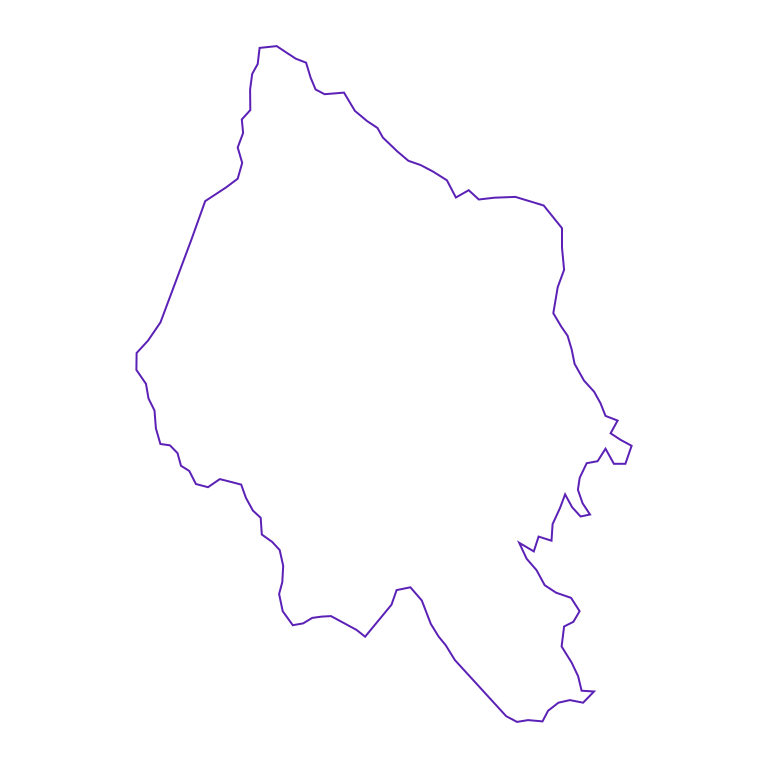 São Bernardino, Santa Catarina, Brazil (Equal Earth projection)
{"feature_id": "56859067B58324669548024", "entity_name": "São Bernardino", "entity_type": "district", "adm_level": 2, "iso_a3": "BRA", "parent_name": "Brazil", "parent_adm1": "Santa Catarina", "projection": "equal_earth", "projection_center": [-52.979, -26.487], "detail": "fine", "context": "isolated", "style": "outline", "palette": "violet", "viewbox_px": 768, "rotation_deg": 0, "n_neighbors": 0, "source": "geoboundaries", "source_scale": "gbopen_adm2", "svg_char_len": 1782}
<svg xmlns="http://www.w3.org/2000/svg" viewBox="0 0 768 768"><path d="M283.2,565.9L282.3,582.1L279.1,594.0L282.7,611.2L292.8,625.2L303.1,623.4L312.2,617.9L321.7,616.6L331.0,616.1L344.5,623.4L356.5,629.9L365.1,636.7L391.5,604.7L396.6,590.1L410.4,587.3L421.8,600.5L430.8,623.9L438.7,636.7L445.7,645.2L454.9,660.1L506.2,716.2L517.0,721.9L528.1,720.1L542.5,721.4L548.1,710.7L558.4,702.7L569.9,700.1L583.1,702.7L594.0,691.5L581.6,690.7L578.1,676.2L571.7,662.7L561.6,646.5L564.1,626.5L573.4,621.8L579.6,611.2L571.1,597.9L556.1,592.7L544.7,585.2L536.5,570.1L526.6,558.7L519.2,542.8L533.8,551.4L538.6,536.6L551.5,540.7L552.6,524.1L560.0,508.0L565.1,494.4L572.1,507.2L580.6,516.5L590.0,514.5L582.6,503.3L577.9,489.8L579.7,477.8L586.7,463.2L597.6,461.2L605.5,448.7L613.9,463.8L625.4,463.8L631.6,445.8L620.5,439.8L610.6,433.3L617.6,420.6L605.5,415.9L600.5,403.2L594.1,391.7L584.0,380.6L574.6,363.9L571.7,349.6L567.6,335.8L561.2,326.5L553.3,313.2L555.6,299.7L557.7,287.2L564.1,269.8L562.0,247.7L562.0,228.2L543.7,205.5L515.4,196.9L494.4,197.7L478.8,199.5L468.7,190.2L455.9,197.5L446.9,180.3L432.9,171.5L420.5,165.0L408.4,160.8L397.3,151.4L382.9,137.6L377.5,128.0L367.0,121.0L354.9,110.9L344.0,92.6L334.5,93.4L324.6,94.2L315.6,89.5L310.6,77.6L306.1,62.7L295.6,58.6L285.7,52.1L276.7,46.1L259.6,47.9L257.7,64.0L252.2,73.9L250.1,89.5L250.3,110.1L241.8,119.4L243.1,133.0L237.7,147.5L242.2,162.9L237.7,178.7L225.8,187.6L205.2,201.1L191.4,239.6L160.5,322.3L148.1,340.5L136.6,353.0L136.4,369.9L146.0,383.9L148.5,398.5L154.5,410.5L155.9,428.4L160.4,444.0L169.9,445.3L177.5,453.1L181.0,465.8L189.3,471.0L195.9,484.0L208.0,487.2L219.8,479.1L231.3,482.0L241.2,484.6L245.9,497.8L252.9,510.6L260.7,517.8L261.8,534.5L272.3,542.0L279.7,550.1L283.2,565.9Z" fill="none" stroke="#5b21b6" stroke-width="2"/></svg>